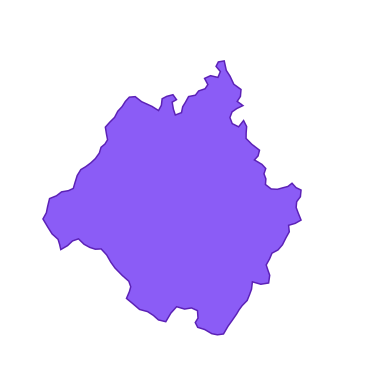 Santo Antônio do Grama, Minas Gerais, Brazil (Robinson projection), rotated 124°
{"feature_id": "56859067B72216999102228", "entity_name": "Santo Antônio do Grama", "entity_type": "district", "adm_level": 2, "iso_a3": "BRA", "parent_name": "Brazil", "parent_adm1": "Minas Gerais", "projection": "robinson", "projection_center": [-42.611, -20.321], "detail": "fine", "context": "isolated", "style": "filled", "palette": "violet", "viewbox_px": 384, "rotation_deg": 124, "n_neighbors": 0, "source": "geoboundaries", "source_scale": "gbopen_adm2", "svg_char_len": 1935}
<svg xmlns="http://www.w3.org/2000/svg" viewBox="0 0 384 384"><g transform="rotate(124 192 192)"><path d="M292.1,86.5L283.0,87.1L276.0,86.9L268.3,86.8L263.4,87.1L258.2,86.9L251.1,85.6L245.0,86.9L239.3,88.3L232.7,91.7L230.0,83.4L224.6,77.6L217.6,81.0L214.4,85.3L211.0,89.7L204.0,90.3L198.0,91.5L191.9,88.3L185.2,87.5L177.6,88.5L170.6,89.1L165.6,93.3L160.3,88.9L154.3,85.9L149.7,92.7L146.6,97.0L141.5,99.8L135.3,99.5L129.4,102.7L130.2,108.2L128.8,114.0L133.8,115.6L138.0,119.3L142.0,122.7L145.2,128.0L144.7,135.3L139.8,138.1L136.7,142.5L131.3,144.0L130.0,149.5L130.5,158.2L125.2,157.4L119.6,159.4L119.0,169.1L117.4,177.1L112.8,180.1L107.2,183.3L103.9,189.2L111.9,189.8L112.8,196.9L109.1,202.2L103.2,203.6L97.7,201.5L91.9,198.1L91.6,205.2L85.7,205.3L79.6,208.7L79.3,217.6L74.7,225.3L72.0,231.6L65.3,238.6L69.4,242.9L74.4,242.3L76.3,235.8L82.5,234.6L85.2,241.7L90.8,245.1L94.1,238.9L99.1,238.9L104.5,243.0L109.8,243.3L114.8,248.2L121.4,247.6L126.5,247.4L132.1,245.1L137.5,248.9L133.8,253.7L128.6,258.7L124.1,256.5L122.0,262.2L126.8,266.4L131.4,268.9L137.2,265.9L143.2,265.3L143.4,273.0L145.3,284.3L144.7,292.4L148.4,297.0L154.1,297.9L160.2,297.7L166.5,298.7L173.4,297.9L180.0,299.2L186.7,300.1L191.9,295.2L195.9,291.2L200.9,291.0L205.8,292.4L211.5,290.6L218.4,290.8L224.5,292.2L230.5,294.3L235.6,296.7L242.5,296.4L249.8,294.2L255.4,292.4L260.0,295.2L264.8,300.2L271.0,302.3L277.1,306.4L284.7,303.6L290.7,301.1L297.7,300.5L301.8,291.8L305.0,284.5L306.1,276.6L309.6,272.3L313.1,268.6L306.1,265.2L299.4,263.7L294.3,259.9L295.7,252.3L295.1,245.8L293.5,240.2L290.0,235.5L291.9,227.5L295.6,220.0L298.1,213.3L300.2,203.1L301.3,194.5L304.8,189.8L309.6,188.2L316.9,186.8L317.6,179.3L318.7,169.8L316.0,161.9L315.9,155.1L316.8,148.3L314.2,141.2L304.2,141.8L295.7,140.6L293.2,132.7L288.4,127.6L287.3,121.1L293.2,116.5L298.4,116.3L301.0,111.6L298.9,104.5L298.4,96.4L296.2,91.1L292.1,86.5Z" fill="#8b5cf6" stroke="#5b21b6" stroke-width="1.5"/></g></svg>